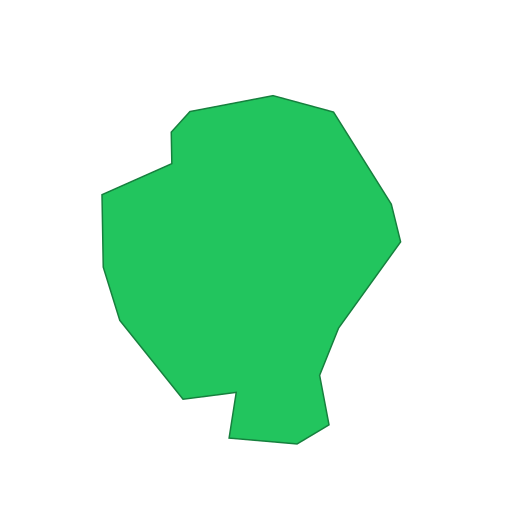 outline of Staunton, Virginia, United States of America, rotated 127°
{"feature_id": "52423323B96137382853901", "entity_name": "Staunton", "entity_type": "district", "adm_level": 2, "iso_a3": "USA", "parent_name": "United States of America", "parent_adm1": "Virginia", "projection": "equal_earth", "projection_center": [-79.059, 38.161], "detail": "fine", "context": "isolated", "style": "filled", "palette": "green", "viewbox_px": 512, "rotation_deg": 127, "n_neighbors": 0, "source": "geoboundaries", "source_scale": "gbopen_adm2", "svg_char_len": 385}
<svg xmlns="http://www.w3.org/2000/svg" viewBox="0 0 512 512"><g transform="rotate(127 256 256)"><path d="M117.7,338.9L180.4,395.7L208.1,398.2L232.9,378.8L299.7,415.9L356.8,371.3L389.4,326.0L414.3,228.1L376.8,189.7L417.6,167.9L381.4,110.1L346.9,96.1L313.0,133.4L263.8,146.7L157.7,149.0L133.2,179.1L94.4,280.7L117.7,338.9Z" fill="#22c55e" stroke="#15803d" stroke-width="1.5"/></g></svg>